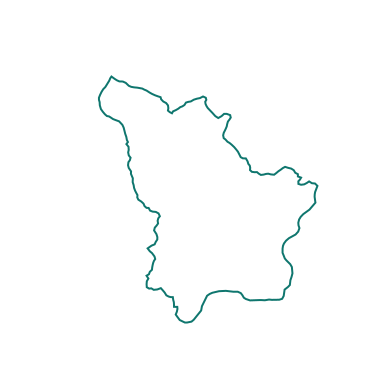 Conquista, Minas Gerais, Brazil, rotated 318°
{"feature_id": "56859067B32516427424579", "entity_name": "Conquista", "entity_type": "district", "adm_level": 2, "iso_a3": "BRA", "parent_name": "Brazil", "parent_adm1": "Minas Gerais", "projection": "mercator", "projection_center": [-47.62, -19.86], "detail": "fine", "context": "isolated", "style": "outline", "palette": "teal", "viewbox_px": 384, "rotation_deg": 318, "n_neighbors": 0, "source": "geoboundaries", "source_scale": "gbopen_adm2", "svg_char_len": 3474}
<svg xmlns="http://www.w3.org/2000/svg" viewBox="0 0 384 384"><g transform="rotate(318 192 192)"><path d="M289.3,271.4L289.1,268.0L287.0,265.7L286.1,262.5L283.3,262.1L280.5,261.4L277.9,259.6L276.5,257.2L278.2,255.2L280.6,255.0L282.7,254.3L281.1,251.3L282.6,249.6L281.6,246.8L282.2,243.9L281.4,241.0L279.5,238.2L278.0,235.6L275.5,235.0L272.9,234.8L270.1,234.4L267.0,234.3L264.6,234.1L262.4,231.7L260.9,229.4L259.1,228.1L256.9,227.0L254.6,225.4L253.9,223.0L253.6,220.7L251.8,219.2L250.0,217.1L249.8,214.5L251.5,212.9L252.6,211.0L252.7,208.7L253.8,206.4L254.5,203.1L252.3,201.0L251.5,198.7L252.2,196.2L253.1,192.8L253.3,189.7L253.4,186.9L253.1,183.2L252.7,180.6L252.0,178.4L252.0,175.3L251.6,173.2L253.1,170.7L255.3,169.2L257.2,168.5L259.6,167.5L261.7,166.5L263.4,165.2L265.8,163.7L268.5,163.2L270.6,162.6L271.8,160.4L270.1,157.2L268.1,155.4L264.7,155.4L261.0,154.6L260.1,151.2L260.1,146.7L260.0,143.9L259.9,140.1L260.3,137.8L261.0,135.6L262.2,133.8L264.3,133.1L265.3,131.2L264.1,128.4L260.7,127.5L258.2,126.0L255.1,124.6L251.7,123.9L249.5,122.5L247.3,121.5L244.6,122.3L242.1,121.9L240.1,121.1L237.5,120.9L234.7,120.3L231.9,119.4L229.8,120.1L228.9,117.7L228.6,115.4L230.5,113.9L232.1,111.6L232.3,108.6L231.2,105.5L231.1,102.5L232.1,100.5L230.8,98.3L229.3,95.5L227.9,92.3L227.0,89.6L226.1,86.2L225.0,83.9L224.3,81.9L222.9,80.1L221.2,77.9L219.0,75.5L217.2,73.2L216.1,70.8L215.8,66.6L214.5,63.6L212.0,61.2L210.9,58.7L210.2,56.1L209.4,52.3L207.3,52.8L205.0,53.9L202.6,54.6L200.6,55.2L197.8,56.0L194.8,56.2L191.7,57.1L188.5,58.4L185.9,59.7L184.5,61.3L183.5,63.4L181.5,65.9L179.8,69.4L179.4,72.8L179.3,76.0L179.6,78.6L180.9,80.3L181.5,82.4L182.1,84.9L183.4,87.5L185.1,90.7L185.2,95.5L184.3,98.4L183.0,100.9L181.3,104.1L180.1,107.0L178.4,109.8L177.8,112.0L175.3,112.5L175.1,115.9L173.1,118.4L171.1,119.8L169.5,122.5L169.3,125.4L167.1,126.8L164.7,127.3L162.4,129.3L161.1,131.8L160.5,135.9L158.8,137.6L158.1,139.6L157.2,142.2L154.5,145.0L153.2,147.9L151.7,150.2L150.6,153.0L149.9,155.6L149.4,157.8L147.7,159.4L147.0,161.8L147.9,165.1L148.2,168.2L147.3,170.7L147.6,173.4L149.1,174.8L148.4,177.8L149.6,180.2L151.8,182.6L152.8,185.5L151.9,188.5L149.3,189.0L147.2,190.4L145.7,192.7L143.0,193.3L140.5,193.6L138.1,195.2L137.4,199.5L136.1,202.3L134.4,204.1L131.7,204.8L129.2,205.9L126.1,204.8L123.8,204.5L121.3,204.2L121.0,207.8L121.4,210.7L121.0,214.8L119.8,217.2L117.7,217.7L115.9,218.6L114.1,219.8L112.1,221.3L110.2,223.0L107.2,223.1L105.0,224.3L102.2,223.8L101.7,227.1L98.7,228.1L96.5,230.2L94.7,232.5L95.5,235.1L97.3,236.4L98.1,239.1L101.0,241.2L104.5,242.6L104.5,245.3L104.4,248.4L103.8,251.6L104.7,254.1L105.8,255.8L107.4,257.3L105.8,259.7L104.8,261.7L103.4,263.5L101.8,265.3L104.2,267.5L102.9,269.2L100.7,270.8L97.9,272.2L97.6,274.8L97.2,278.9L98.4,281.9L99.4,284.3L101.0,285.7L104.9,288.0L107.8,288.1L119.5,286.2L123.0,283.5L133.8,279.2L136.9,279.6L139.7,280.5L145.7,283.8L151.0,288.1L156.1,293.9L159.3,296.8L160.6,299.8L160.4,302.4L159.8,305.2L160.4,307.5L162.6,311.4L170.6,318.1L173.7,321.2L177.3,323.5L179.2,325.6L184.7,330.4L187.5,331.7L190.6,330.6L195.5,326.5L199.8,326.8L202.5,326.6L206.1,323.4L209.0,321.8L212.2,319.7L216.0,314.6L216.7,311.4L216.4,306.0L216.5,303.5L217.6,300.6L218.6,297.8L221.4,294.7L223.6,292.9L225.9,291.8L229.3,291.1L233.2,291.2L240.5,292.9L244.4,292.5L247.7,290.7L248.8,288.1L250.4,286.0L253.2,284.1L256.2,283.2L259.9,282.9L267.5,283.7L276.6,282.5L279.9,277.6L281.7,275.8L283.5,274.4L289.3,271.4Z" fill="none" stroke="#0f766e" stroke-width="2"/></g></svg>